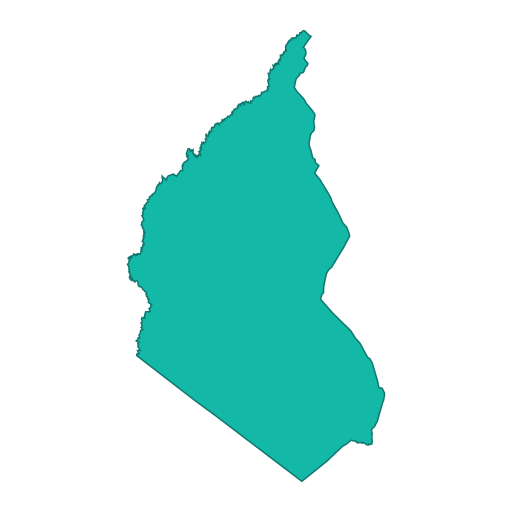 Narok West, Rift Valley, Kenya (Equal Earth projection)
{"feature_id": "3690345B77596051964159", "entity_name": "Narok West", "entity_type": "district", "adm_level": 2, "iso_a3": "KEN", "parent_name": "Kenya", "parent_adm1": "Rift Valley", "projection": "equal_earth", "projection_center": [35.345, -1.322], "detail": "fine", "context": "isolated", "style": "filled", "palette": "teal", "viewbox_px": 512, "rotation_deg": 0, "n_neighbors": 0, "source": "geoboundaries", "source_scale": "gbopen_adm2", "svg_char_len": 6013}
<svg xmlns="http://www.w3.org/2000/svg" viewBox="0 0 512 512"><path d="M245.9,101.1L244.2,102.8L244.5,105.3L244.1,104.2L243.4,103.9L243.8,102.9L243.0,102.2L240.8,103.8L241.0,105.4L239.0,104.1L238.7,104.4L238.5,105.3L237.5,106.3L238.3,106.9L237.1,108.6L236.1,108.4L235.3,109.6L234.3,109.3L234.4,109.8L232.7,111.5L233.2,112.2L232.5,112.9L231.9,112.6L232.1,114.8L230.7,114.8L229.2,116.8L227.8,116.2L226.7,118.0L224.8,118.7L224.6,119.9L223.6,119.6L223.1,120.8L222.1,119.9L221.8,121.7L220.8,122.7L219.0,123.7L218.4,123.3L218.8,124.8L216.5,123.5L215.2,124.2L214.3,127.1L212.8,127.4L212.4,126.7L212.5,127.8L211.5,127.9L211.2,128.8L211.8,130.3L211.0,131.3L210.2,131.7L209.8,131.0L209.2,131.8L210.0,132.6L208.9,133.0L209.3,133.5L208.4,133.9L208.5,135.6L208.1,136.3L207.1,135.5L206.5,135.7L205.8,133.6L206.2,137.4L206.6,138.0L205.3,139.3L205.8,139.6L206.0,141.1L205.3,142.3L204.0,142.9L203.5,142.4L203.4,143.5L201.9,142.5L201.8,144.5L201.2,144.6L201.1,146.4L200.1,147.7L201.1,147.7L201.4,148.7L200.5,149.3L200.7,150.2L200.2,150.0L200.0,150.9L198.9,151.7L199.8,152.0L200.3,154.9L199.3,153.8L198.4,155.5L197.1,155.5L197.0,156.1L197.8,156.7L196.8,157.3L195.5,156.3L195.8,155.7L195.3,155.0L195.1,156.1L193.4,154.3L193.6,153.5L193.0,153.2L193.0,150.3L192.3,151.3L191.8,151.1L192.2,149.9L191.5,150.0L190.4,151.1L190.5,150.3L189.3,148.6L188.0,148.9L186.3,154.1L187.1,155.5L188.0,155.7L187.5,156.8L186.9,156.0L186.7,156.3L188.0,158.1L188.2,159.5L187.6,160.4L187.0,160.3L186.0,161.4L184.4,162.2L182.7,164.5L183.2,165.7L182.2,166.0L182.7,170.1L182.0,170.7L180.7,170.5L176.5,176.3L175.5,175.3L174.2,175.4L174.1,174.4L173.2,174.1L168.3,175.9L167.3,177.2L166.1,180.2L165.3,178.7L163.2,177.5L162.2,176.2L162.1,177.7L162.8,180.2L161.5,183.0L160.2,183.8L159.5,182.8L158.9,184.3L158.1,184.5L157.9,185.7L156.7,186.7L155.8,190.8L154.0,193.6L152.5,194.1L152.3,195.4L151.4,195.2L150.6,196.5L149.5,196.8L149.4,199.1L147.4,199.8L147.9,201.3L147.7,202.4L146.4,202.9L146.1,204.0L144.3,205.5L145.1,208.3L143.7,207.6L142.9,208.4L142.9,209.2L143.8,209.3L142.6,212.9L143.2,214.5L141.8,215.6L143.9,219.4L141.7,222.6L141.8,224.4L141.2,225.0L142.7,226.4L142.3,227.6L143.6,229.2L143.9,231.6L144.5,231.6L145.0,232.7L143.9,232.6L144.3,233.6L143.7,234.3L143.9,234.8L143.4,236.0L144.1,236.0L143.8,236.3L144.2,236.9L143.4,237.7L143.7,238.6L142.9,239.3L143.1,240.1L142.2,241.3L144.0,242.8L144.2,243.8L143.5,243.8L143.6,244.6L143.1,244.4L142.4,247.9L142.0,247.2L141.3,247.4L141.4,248.5L140.9,249.8L141.9,251.2L141.3,251.7L140.8,251.0L141.1,252.1L140.2,254.1L139.3,254.5L138.8,253.6L137.3,253.8L137.1,255.2L136.1,255.5L136.4,254.4L135.8,254.7L134.0,254.0L134.1,254.8L133.5,254.5L132.9,255.6L131.8,255.9L131.8,257.1L130.9,258.1L130.4,258.1L130.3,256.5L129.8,256.8L130.0,257.6L128.6,257.5L128.2,258.6L129.6,259.5L129.9,260.5L129.1,260.7L128.9,262.6L128.3,263.9L127.5,264.2L128.9,267.0L129.1,268.8L128.8,269.4L129.6,270.0L129.6,270.7L128.7,271.6L130.1,274.0L129.9,275.3L130.8,276.0L129.5,277.0L129.4,277.4L130.3,277.5L130.0,278.6L130.6,279.8L131.2,280.1L131.1,279.3L132.0,277.9L132.9,280.5L134.9,282.0L135.3,281.0L136.7,280.4L137.9,282.1L138.2,285.4L139.8,286.9L140.9,286.7L142.1,287.6L142.9,289.5L144.1,290.2L144.7,291.4L146.6,292.2L145.9,294.2L146.7,295.0L146.5,296.4L147.6,296.9L147.7,299.0L148.9,299.4L148.3,302.5L151.6,304.5L150.7,305.3L150.8,307.1L149.0,308.7L150.1,310.9L150.0,311.6L145.6,311.8L144.4,316.6L144.8,318.1L142.3,317.5L141.6,318.4L141.6,319.5L142.4,320.6L142.0,322.4L141.0,322.9L141.8,324.7L142.0,326.9L141.1,327.5L142.9,329.8L140.5,330.4L140.3,333.2L139.0,335.1L139.7,338.1L138.0,338.0L138.0,340.0L136.5,340.4L136.2,341.0L139.1,342.4L137.8,343.6L138.4,345.8L137.9,346.5L140.2,350.4L137.5,350.5L138.9,353.7L138.4,354.5L137.1,353.8L136.6,355.5L195.9,401.3L214.5,414.9L301.8,481.3L326.6,461.4L342.3,446.5L346.8,443.8L351.1,440.2L354.1,441.0L355.3,440.5L356.2,442.1L357.2,441.9L357.6,443.0L360.4,442.4L361.9,443.2L363.1,442.1L364.0,443.3L365.6,443.6L366.3,444.7L368.2,445.0L368.6,444.0L369.4,444.6L371.7,444.1L372.2,441.9L371.8,436.9L372.2,433.4L371.4,430.1L371.8,429.2L374.7,426.2L377.4,420.8L382.8,401.9L383.4,401.2L384.5,395.2L384.4,392.8L382.2,388.4L381.1,387.9L379.7,388.2L379.1,387.5L378.3,385.5L377.7,381.5L372.4,363.4L369.6,358.4L368.1,357.9L367.2,356.6L360.0,343.3L355.3,338.0L350.8,330.8L332.9,313.3L320.4,299.1L322.1,294.2L323.5,292.8L323.7,286.6L326.3,273.9L328.6,269.8L331.7,267.1L343.4,247.8L349.7,236.1L348.9,232.9L346.6,227.0L342.8,222.9L338.3,213.1L332.1,201.9L330.8,197.9L328.1,193.0L319.9,179.5L314.6,173.1L318.9,165.6L315.4,162.6L315.0,159.4L312.8,158.0L310.8,149.9L309.4,146.6L309.0,143.5L310.5,135.2L311.5,132.9L313.7,130.8L314.6,127.5L313.7,121.6L315.0,115.1L314.5,113.7L311.7,109.8L306.5,103.7L303.7,98.8L296.8,91.4L294.3,87.3L296.0,79.2L297.4,77.2L299.4,75.4L300.1,73.4L303.4,72.4L305.8,66.6L307.1,65.8L307.9,63.9L307.6,62.8L305.7,61.1L304.0,58.3L306.0,54.0L305.6,50.3L304.5,48.3L303.3,47.4L311.0,36.3L308.6,35.0L304.9,31.0L303.3,30.7L302.0,31.6L301.7,32.8L299.9,32.7L299.5,34.5L298.3,35.4L297.1,35.0L297.2,36.0L296.6,35.9L296.1,37.7L293.6,38.0L293.3,38.7L293.0,38.0L291.8,38.1L291.2,38.7L290.9,40.1L290.0,40.0L289.8,40.8L288.7,41.0L288.6,42.3L288.0,42.2L287.8,43.2L286.1,45.0L286.2,46.0L285.7,46.5L285.5,47.6L286.1,49.8L285.6,49.7L285.2,51.1L285.5,51.2L283.6,52.2L283.9,53.8L282.6,54.3L282.5,55.2L282.0,54.7L281.5,55.3L280.4,55.2L280.5,59.5L279.9,59.3L279.7,60.2L279.2,59.7L278.4,61.1L278.5,64.1L277.8,63.8L277.8,62.9L276.5,64.4L276.5,63.4L276.2,63.2L275.3,63.6L275.2,64.9L274.6,64.8L274.4,66.1L273.1,65.4L273.8,68.5L272.6,69.0L272.0,70.1L271.0,70.0L270.6,69.3L270.0,70.7L270.4,72.2L269.9,73.3L268.3,73.3L269.5,79.0L268.5,79.0L267.8,80.7L268.4,81.1L268.1,81.7L268.9,85.4L268.6,86.5L267.5,86.7L268.2,88.9L267.2,89.3L267.4,90.8L265.0,91.2L262.1,92.8L261.6,92.4L261.5,93.9L259.8,96.1L258.7,95.5L258.1,96.4L256.8,96.2L255.7,97.2L255.2,96.6L254.7,97.6L253.7,98.0L253.4,97.6L252.8,100.1L251.8,101.7L250.7,101.0L250.8,103.0L249.5,103.5L248.6,101.7L247.3,102.5L245.9,101.1Z" fill="#14b8a6" stroke="#0f766e" stroke-width="1.5"/></svg>